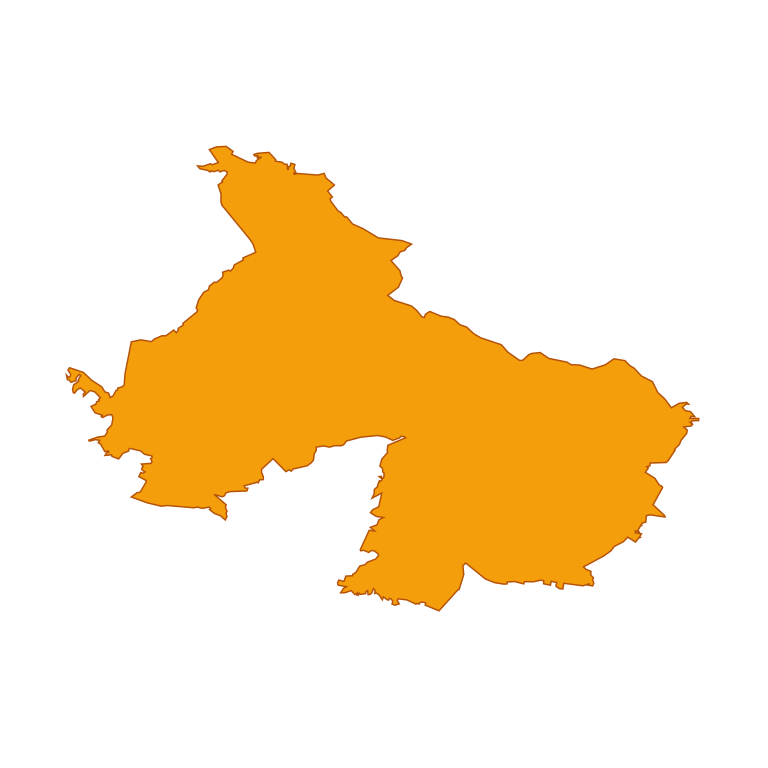 Husnicioara, Mehedinti, Romania (Robinson projection), rotated 6°
{"feature_id": "2599482B73599404169892", "entity_name": "Husnicioara", "entity_type": "district", "adm_level": 2, "iso_a3": "ROU", "parent_name": "Romania", "parent_adm1": "Mehedinti", "projection": "robinson", "projection_center": [22.847, 44.668], "detail": "fine", "context": "isolated", "style": "filled", "palette": "amber", "viewbox_px": 768, "rotation_deg": 6, "n_neighbors": 0, "source": "geoboundaries", "source_scale": "gbopen_adm2", "svg_char_len": 6136}
<svg xmlns="http://www.w3.org/2000/svg" viewBox="0 0 768 768"><g transform="rotate(6 384 384)"><path d="M690.4,398.1L686.6,395.4L693.9,393.6L695.1,392.1L692.6,390.3L693.9,390.4L693.3,389.7L694.5,388.3L700.7,387.5L700.6,385.4L691.7,386.3L692.7,384.1L696.4,384.0L691.8,379.5L686.5,379.0L683.1,375.9L686.9,372.2L688.9,372.2L686.9,370.7L679.7,372.3L672.3,377.6L664.8,369.5L657.3,364.0L650.7,353.6L639.3,349.2L630.8,341.9L626.7,340.2L621.2,335.6L610.1,334.9L602.1,341.8L589.4,347.4L576.7,344.7L567.8,345.2L563.6,343.1L545.1,341.3L536.1,336.4L527.9,338.1L525.0,339.6L519.6,345.8L516.6,346.5L504.0,339.5L496.6,332.7L475.5,328.0L468.1,324.7L460.3,318.8L453.2,317.1L447.1,312.5L440.8,310.8L433.7,310.6L421.9,307.1L417.9,310.4L417.2,313.6L414.6,313.2L408.8,307.4L403.2,303.6L385.3,299.8L378.4,295.5L388.2,286.2L391.4,276.5L390.0,275.2L388.0,269.7L378.0,260.5L384.3,255.0L386.2,251.0L390.7,248.9L392.3,245.9L396.8,242.0L386.8,239.5L363.0,239.3L347.3,231.9L336.1,228.2L329.3,221.7L327.5,222.1L323.1,217.9L320.1,216.6L312.0,207.8L311.1,205.2L313.2,203.5L307.7,198.0L313.9,191.3L304.7,185.1L302.5,180.8L296.4,183.1L276.1,183.7L273.1,184.7L272.2,184.3L272.4,183.4L274.4,183.1L271.8,179.0L272.4,175.0L268.4,174.2L267.9,177.2L266.6,177.6L266.5,180.4L265.7,180.5L264.7,175.7L262.0,175.8L259.5,174.1L252.6,173.7L252.8,172.2L245.4,165.7L234.0,167.8L230.6,169.4L231.7,170.8L234.6,169.9L235.2,171.1L234.1,171.8L234.4,172.4L238.4,171.0L233.7,175.2L233.0,177.7L225.7,177.6L208.4,171.4L209.6,168.5L202.1,164.2L192.7,165.7L185.8,169.1L196.1,181.1L190.2,183.9L188.3,183.1L181.6,186.3L175.8,186.6L178.5,189.2L186.0,189.9L188.8,191.3L189.5,190.2L192.4,190.6L197.1,188.8L198.7,190.2L202.7,188.3L206.0,189.6L205.9,192.0L201.5,198.9L202.4,199.7L198.2,203.4L202.0,211.9L202.8,219.7L204.1,223.1L235.6,254.2L239.1,258.5L242.7,266.4L230.5,273.4L231.1,275.4L222.6,281.2L222.1,284.3L219.4,287.9L217.7,287.0L211.8,289.7L212.6,292.4L212.0,295.1L207.1,300.4L204.5,300.5L200.1,304.9L199.7,308.5L195.1,311.7L191.0,319.5L189.2,328.0L190.7,329.6L190.7,331.5L177.7,344.7L178.2,346.3L173.5,350.3L173.7,352.0L172.1,354.8L169.3,352.3L162.1,358.8L157.9,359.3L151.3,363.1L148.2,366.2L137.6,365.5L128.3,368.5L125.4,400.6L125.7,412.1L123.8,414.2L119.6,415.9L119.7,417.9L118.3,418.3L115.7,424.4L113.1,426.0L111.0,421.8L107.2,421.0L103.6,416.3L93.1,411.0L83.8,403.9L69.6,400.7L68.2,403.1L71.5,407.3L71.0,409.5L69.6,410.3L67.3,408.3L68.6,412.7L70.7,413.1L72.5,415.0L77.4,412.9L77.1,410.4L79.8,406.3L81.5,407.4L79.4,412.2L80.0,413.4L75.5,417.2L74.8,421.9L75.9,425.1L77.2,425.4L79.5,421.7L82.5,419.7L87.7,423.2L86.0,425.6L86.4,427.8L92.3,421.2L97.1,422.0L103.3,427.2L101.7,429.4L102.4,430.6L100.1,431.7L99.6,434.1L95.0,436.9L99.7,442.9L107.2,444.5L106.2,445.9L107.6,446.8L112.0,443.9L116.3,442.9L118.0,445.9L117.5,453.2L113.4,458.6L113.9,460.9L111.7,465.0L105.1,466.6L96.3,470.7L96.9,471.6L102.9,469.5L107.2,469.7L105.9,472.3L108.4,473.3L113.5,480.5L116.6,479.4L117.5,480.5L115.5,481.3L114.0,484.2L120.5,482.9L121.0,484.4L127.9,486.3L131.5,480.3L137.1,477.3L137.3,475.0L138.4,474.6L149.1,476.0L153.1,478.9L160.6,479.8L161.2,481.2L159.6,482.7L161.3,485.1L160.8,487.2L151.1,489.0L153.0,491.0L151.9,493.2L152.3,494.8L155.5,496.4L153.6,498.0L151.3,497.5L149.9,501.7L157.6,504.9L157.5,506.8L152.8,517.0L149.5,518.1L144.5,522.8L160.8,526.9L175.1,528.8L181.3,527.5L207.8,527.0L211.4,525.9L216.0,526.7L223.1,524.7L224.7,525.8L223.6,527.1L225.7,528.5L229.0,530.5L235.3,532.2L240.3,535.8L241.7,532.3L240.4,528.9L241.2,527.0L239.2,523.4L239.7,520.7L226.7,511.6L234.9,513.1L237.0,511.8L238.3,508.7L242.3,507.1L258.8,504.7L259.5,501.9L256.7,502.0L255.6,499.9L268.6,494.8L269.2,495.4L270.3,492.3L274.0,491.7L273.6,488.6L271.4,484.6L271.3,481.5L281.5,469.8L295.6,481.4L298.7,479.2L300.8,480.4L302.3,478.1L316.1,473.4L319.8,470.0L321.8,467.1L321.9,461.0L323.6,457.0L323.2,453.8L330.7,451.9L336.4,452.5L341.4,450.5L348.2,449.8L350.4,448.4L352.6,444.6L366.6,439.3L383.1,435.9L390.8,436.5L398.6,439.1L405.2,435.9L406.4,434.2L409.8,434.3L411.2,435.2L394.3,444.5L394.1,449.8L394.8,451.6L389.7,459.0L388.5,466.1L391.2,467.9L392.0,471.7L393.3,472.5L393.7,476.0L393.0,477.6L391.6,477.6L390.9,476.1L388.8,476.6L392.1,478.7L391.8,480.1L389.5,480.8L389.9,482.1L388.9,482.3L388.1,487.0L385.4,489.9L385.7,494.2L384.0,498.8L393.1,492.7L393.0,494.6L391.6,506.6L385.7,510.4L384.0,513.4L390.1,516.5L397.4,516.8L393.1,519.7L391.8,524.8L385.4,528.0L390.0,531.2L384.6,531.0L377.7,551.3L378.2,552.3L381.3,551.5L386.4,553.1L388.8,550.9L391.9,551.0L396.1,553.7L396.3,555.6L393.9,559.0L386.2,562.9L384.0,565.7L378.9,567.6L375.7,574.4L372.9,576.4L372.8,578.0L366.2,579.0L364.8,584.5L359.6,583.7L358.6,586.6L359.3,588.8L367.8,589.5L365.1,591.4L362.7,596.2L367.2,595.6L372.9,592.9L377.2,596.5L379.2,594.6L379.2,596.7L380.0,596.5L380.0,594.7L380.7,596.2L381.2,594.6L382.4,595.7L387.7,594.4L387.5,592.8L389.3,591.2L390.2,595.1L391.7,594.9L393.6,593.2L394.9,588.6L396.8,590.3L396.6,593.3L398.3,592.7L401.1,594.2L404.9,598.8L405.6,595.8L410.1,598.4L411.4,598.3L411.7,596.7L413.5,597.0L415.4,599.0L415.0,602.1L418.0,602.8L422.1,601.1L419.8,597.9L420.5,596.2L429.3,596.3L438.9,599.6L439.9,598.7L441.9,599.2L442.7,597.6L445.1,596.8L448.5,597.5L448.1,599.6L462.4,603.8L479.0,581.0L480.2,580.5L483.2,565.2L481.5,556.6L484.0,553.5L505.2,567.3L515.0,570.0L524.3,570.5L527.3,569.9L527.4,568.0L534.6,566.8L543.9,568.2L544.4,565.9L553.7,565.0L559.9,562.8L563.4,562.9L563.6,566.0L570.5,566.7L570.9,562.8L576.5,563.3L576.1,567.0L579.5,569.1L583.3,569.2L583.6,563.4L602.9,563.9L609.3,561.0L607.9,562.7L612.6,563.0L613.5,560.2L611.9,556.8L612.6,555.0L609.6,552.3L609.4,548.8L604.0,547.0L601.5,545.0L620.7,531.9L627.1,526.2L630.1,521.4L638.6,515.8L642.4,510.8L650.7,514.9L653.3,510.7L655.0,509.8L654.2,509.3L655.7,506.1L649.5,505.7L649.3,503.8L653.2,504.6L651.9,502.8L654.2,497.6L655.1,497.8L654.9,496.5L656.1,494.8L658.8,494.1L658.7,487.5L662.6,486.3L677.4,486.9L676.8,485.5L664.2,476.0L671.9,457.9L671.4,456.9L668.1,455.5L663.2,449.4L653.1,444.5L655.7,439.9L654.0,438.8L657.0,437.6L656.9,434.8L672.7,432.6L674.5,430.8L680.4,419.4L679.8,418.5L684.1,413.3L685.3,409.0L690.2,401.5L690.4,398.1Z" fill="#f59e0b" stroke="#b45309" stroke-width="1.5"/></g></svg>